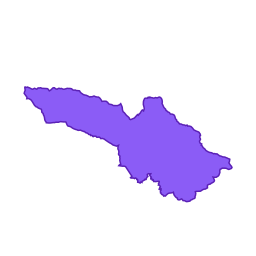 outline of Pangarati, Neamt, Romania, rotated 126°
{"feature_id": "2599482B60779670494049", "entity_name": "Pangarati", "entity_type": "district", "adm_level": 2, "iso_a3": "ROU", "parent_name": "Romania", "parent_adm1": "Neamt", "projection": "albers", "projection_center": [26.201, 46.911], "detail": "fine", "context": "isolated", "style": "filled", "palette": "violet", "viewbox_px": 256, "rotation_deg": 126, "n_neighbors": 0, "source": "geoboundaries", "source_scale": "gbopen_adm2", "svg_char_len": 5769}
<svg xmlns="http://www.w3.org/2000/svg" viewBox="0 0 256 256"><g transform="rotate(126 128 128)"><path d="M171.8,197.2L170.5,195.0L169.6,193.8L167.4,191.5L167.0,190.8L165.6,189.6L164.3,187.7L163.0,186.8L162.4,186.2L161.2,184.1L159.7,181.9L159.8,181.5L161.0,179.6L161.5,178.6L161.7,177.7L161.1,176.4L160.7,174.9L160.7,172.8L160.4,171.0L160.1,170.1L160.0,169.6L159.5,168.4L159.3,167.3L159.1,166.8L157.6,165.1L157.5,164.1L156.8,161.6L156.5,161.3L156.6,161.0L156.5,160.6L156.6,159.0L156.2,158.5L156.0,157.3L156.0,156.9L156.3,156.2L156.0,155.2L155.4,154.5L156.0,153.7L155.5,153.2L155.1,152.0L155.2,151.6L155.5,151.5L155.5,151.1L155.4,151.0L154.9,151.0L154.6,150.7L153.7,149.4L153.5,148.9L153.8,148.1L153.8,147.8L153.1,146.8L152.6,146.4L152.2,145.6L152.2,145.0L152.6,143.8L151.4,142.4L150.9,140.5L151.0,139.2L150.9,136.0L150.8,134.1L150.5,132.3L150.6,130.3L150.4,129.6L149.4,126.6L147.6,125.5L149.1,125.0L150.3,124.3L151.0,123.7L151.5,122.6L152.4,121.6L153.0,121.1L154.6,120.4L155.1,119.8L155.3,118.7L155.5,118.0L156.6,117.4L157.6,116.4L159.0,115.7L161.7,112.5L162.9,113.3L163.9,113.3L161.9,109.6L161.4,109.1L160.9,108.1L160.7,107.2L164.7,96.6L165.2,96.3L166.6,96.9L166.8,96.6L166.5,95.8L165.3,94.2L165.2,93.8L165.1,93.0L164.3,92.8L164.1,92.6L163.9,91.7L164.1,91.1L164.6,90.6L164.5,90.4L164.1,90.3L164.2,89.8L164.8,89.2L166.2,88.3L165.6,87.1L165.6,86.6L165.4,85.8L165.1,85.7L164.5,85.9L164.2,85.9L163.8,84.7L163.3,85.1L162.9,85.2L161.2,84.5L160.8,84.2L159.7,84.3L159.5,84.0L159.4,83.3L158.9,83.1L158.3,83.5L156.2,83.7L155.6,83.4L155.4,83.8L154.9,84.5L154.2,85.1L152.9,84.6L152.6,83.9L151.6,82.7L152.3,82.6L153.4,82.8L153.9,81.4L154.0,80.5L154.5,80.2L154.8,80.3L155.7,79.7L155.0,79.1L155.6,78.4L155.9,77.7L155.1,77.2L156.2,75.8L155.6,75.1L155.5,74.6L155.0,74.0L153.6,72.5L152.9,71.6L152.9,71.3L153.7,70.8L154.9,70.8L155.1,70.6L155.2,70.1L156.3,69.9L156.1,69.4L155.9,68.5L156.2,68.0L156.3,67.5L157.4,67.3L157.7,66.9L157.7,66.6L158.0,66.8L158.5,66.4L158.7,66.5L158.6,66.8L158.9,66.5L159.0,66.6L158.9,66.9L159.3,66.8L159.3,66.7L159.1,66.5L159.0,65.9L158.9,65.8L159.1,65.2L158.6,65.2L158.4,65.1L159.1,64.7L159.4,64.9L159.9,64.7L160.6,64.3L160.8,64.0L161.3,63.6L161.1,63.3L161.5,62.9L161.9,61.6L161.6,60.8L162.1,58.9L161.2,58.4L161.0,57.7L159.6,57.6L157.5,57.1L156.5,56.4L155.8,55.6L154.3,54.1L153.3,53.5L154.4,52.3L155.2,51.1L155.8,49.0L155.9,47.9L155.7,46.9L156.2,46.5L156.6,45.7L156.3,44.6L155.4,43.7L154.9,43.6L153.8,42.9L153.8,42.7L154.4,40.7L153.8,40.0L153.4,38.9L153.3,37.6L152.5,36.6L150.7,34.9L150.0,35.0L149.2,34.7L148.1,34.0L147.0,33.6L146.1,32.9L145.1,32.7L143.9,33.6L143.1,33.7L141.1,34.7L140.0,36.1L139.3,35.7L136.5,32.2L134.0,31.3L132.9,30.6L131.8,29.4L130.4,28.9L129.8,28.5L129.4,28.7L128.3,29.7L127.5,30.1L126.0,29.4L125.1,28.5L123.6,28.1L122.8,27.6L121.3,27.0L120.1,27.0L119.8,27.1L118.9,28.2L117.7,30.3L117.2,29.3L116.0,27.7L113.9,26.8L112.9,26.7L110.0,27.5L108.7,28.6L107.2,29.2L106.4,28.6L105.1,28.2L104.4,27.1L104.0,26.8L103.6,25.9L103.0,25.2L102.6,23.5L102.5,22.5L101.9,21.8L100.0,20.6L98.9,20.6L98.2,21.7L97.8,23.5L96.9,25.9L95.6,26.2L94.2,26.9L93.4,27.3L93.4,27.6L93.8,28.7L94.0,30.2L94.3,31.1L94.6,32.6L95.7,34.4L96.1,36.3L96.7,37.6L96.6,40.9L97.2,41.4L97.9,43.1L98.5,43.5L98.9,45.9L99.8,47.6L99.9,48.2L100.1,48.6L100.4,51.7L99.8,53.5L99.7,55.7L98.8,57.8L98.9,58.7L97.6,58.9L97.8,60.9L97.2,61.9L96.5,62.5L94.8,62.6L94.5,62.8L94.0,63.3L93.6,64.3L92.2,65.3L91.6,64.9L91.3,65.0L90.9,65.5L90.8,65.8L90.6,66.0L90.3,66.3L90.3,67.0L89.8,67.6L89.7,68.5L90.4,71.1L90.8,73.6L90.1,75.8L89.8,77.9L90.5,79.8L91.4,80.9L90.9,81.9L92.2,82.8L92.3,83.9L93.3,85.7L93.5,87.2L94.4,88.8L94.2,89.0L94.2,89.4L93.8,90.5L93.7,92.6L92.9,93.4L92.7,94.7L92.4,95.3L91.0,97.0L90.4,98.2L90.6,99.8L90.9,100.4L90.9,100.6L91.8,101.9L91.2,103.5L91.4,104.8L91.6,105.5L91.3,106.7L91.5,107.5L90.7,108.6L90.3,111.0L88.6,114.0L88.2,114.8L86.8,115.5L86.2,116.1L85.4,116.8L84.6,118.0L84.2,119.5L84.4,120.6L84.9,121.2L86.3,121.9L86.8,122.6L87.2,123.7L87.8,124.0L88.7,124.7L89.5,126.7L90.2,127.7L90.0,128.3L90.5,128.9L91.2,128.7L91.4,129.2L91.1,129.5L91.6,129.9L92.0,129.6L92.7,129.9L93.2,131.0L94.3,131.9L96.7,131.4L97.8,130.9L100.0,129.4L101.7,127.3L102.8,126.2L103.4,125.9L104.3,125.8L105.0,125.5L105.0,127.0L106.2,127.1L109.3,126.9L109.9,127.3L110.7,127.1L111.7,127.2L111.6,128.2L116.3,128.7L116.5,128.9L119.7,130.8L119.7,131.6L119.9,131.9L119.0,133.2L118.8,134.8L118.7,136.7L117.8,139.9L117.7,141.6L116.5,143.2L114.7,144.8L114.1,145.6L112.6,148.2L114.2,148.5L116.1,149.7L118.2,152.7L118.5,153.3L118.6,154.9L119.5,156.7L119.8,157.8L119.6,158.5L119.2,159.4L119.2,161.4L120.4,163.2L121.8,164.7L121.1,166.1L120.4,168.2L120.3,169.2L120.4,170.2L121.0,171.0L121.7,172.5L122.1,174.3L123.9,175.5L124.6,176.6L125.4,177.1L125.7,179.3L126.1,181.1L126.7,182.3L127.2,183.7L127.2,185.2L127.3,186.3L126.9,188.1L126.5,188.8L126.5,189.3L128.1,191.9L128.3,193.0L129.3,194.1L129.7,195.5L129.4,196.3L129.4,196.7L130.1,198.2L131.1,199.5L131.2,199.9L131.7,200.6L132.5,201.1L134.2,202.5L134.7,203.3L135.2,205.3L136.0,205.9L136.3,207.0L136.5,207.3L137.1,207.7L138.2,208.1L138.4,208.3L138.8,209.7L138.7,211.2L139.0,211.7L139.7,212.3L143.0,212.9L144.2,213.5L143.5,215.6L143.5,216.1L143.6,216.5L146.1,220.4L146.5,220.8L146.7,222.2L146.9,222.5L148.0,223.5L148.3,224.2L148.7,224.4L149.8,224.5L150.3,224.8L150.8,227.0L152.3,227.7L152.7,228.0L153.1,229.1L153.4,231.3L153.8,232.4L153.8,233.2L154.7,233.8L155.3,235.4L155.9,235.3L158.0,233.3L159.1,233.1L161.0,232.4L162.4,228.1L163.0,227.4L163.8,227.1L162.9,226.1L162.5,225.4L162.3,223.5L162.4,222.5L162.9,221.0L164.7,216.7L164.7,215.6L164.9,214.9L164.5,213.9L164.6,212.5L164.2,210.6L163.8,209.4L164.0,208.8L166.0,206.8L166.1,205.2L167.0,204.3L167.5,203.2L168.3,202.1L170.4,200.0L171.1,198.7L171.3,197.7L171.8,197.2Z" fill="#8b5cf6" stroke="#5b21b6" stroke-width="1.5"/></g></svg>